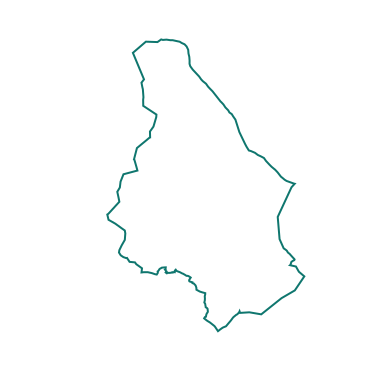 Obi Nwga, Abia, Nigeria (orthographic projection), rotated 317°
{"feature_id": "59680162B7784772599553", "entity_name": "Obi Nwga", "entity_type": "district", "adm_level": 2, "iso_a3": "NGA", "parent_name": "Nigeria", "parent_adm1": "Abia", "projection": "orthographic", "projection_center": [7.438, 5.164], "detail": "fine", "context": "isolated", "style": "outline", "palette": "teal", "viewbox_px": 384, "rotation_deg": 317, "n_neighbors": 0, "source": "geoboundaries", "source_scale": "gbopen_adm2", "svg_char_len": 3621}
<svg xmlns="http://www.w3.org/2000/svg" viewBox="0 0 384 384"><g transform="rotate(317 192 192)"><path d="M266.5,183.7L267.5,180.5L273.1,168.7L273.7,164.6L274.2,162.2L273.6,159.3L274.2,157.0L274.1,152.9L274.7,149.4L274.7,146.4L274.6,145.3L275.7,132.3L275.6,128.8L275.6,128.0L275.6,125.9L276.1,122.4L275.5,118.3L275.5,115.9L276.0,112.4L276.0,109.5L276.0,106.6L276.0,103.0L276.5,98.9L277.6,96.6L279.9,94.2L280.6,93.3L282.2,91.3L283.9,88.3L286.2,85.4L287.3,81.9L287.3,78.9L286.1,76.0L285.5,73.7L283.8,71.3L281.4,67.8L279.6,66.1L277.3,63.2L274.4,60.9L273.5,59.4L269.0,58.8L260.8,50.6L243.7,49.9L233.7,76.9L229.6,77.6L227.1,81.6L226.1,83.4L226.0,83.5L223.6,86.5L221.1,89.6L219.2,91.2L215.5,95.3L215.1,95.7L218.8,111.1L217.0,112.8L208.4,117.9L202.5,119.1L198.6,123.5L198.3,123.3L181.7,122.3L171.8,128.6L171.9,129.0L171.7,129.4L170.5,131.8L168.4,135.9L166.7,139.1L154.0,132.3L146.8,135.7L142.3,139.5L137.5,140.9L134.4,146.1L132.2,149.6L115.9,150.9L114.7,150.7L112.0,155.4L114.3,162.8L115.8,170.5L116.6,174.3L115.0,176.8L110.2,181.2L104.1,183.1L99.2,185.0L97.3,186.5L96.7,189.7L97.4,192.8L98.8,195.5L99.5,195.9L98.7,200.5L102.3,204.6L102.0,206.8L103.4,213.7L100.2,216.4L102.2,217.9L104.9,220.4L107.3,223.9L108.9,226.9L109.9,228.3L111.1,228.0L111.6,227.9L112.0,227.6L112.4,227.3L112.7,226.7L113.2,226.8L113.8,226.7L114.6,226.5L115.7,226.2L116.4,226.3L117.4,226.6L118.2,226.7L118.5,226.9L120.2,228.2L120.9,228.8L121.4,229.2L121.2,229.4L121.0,229.5L120.8,229.6L120.3,230.2L120.0,230.6L119.8,230.5L119.3,230.4L119.3,230.9L119.2,231.4L119.1,231.9L119.1,232.2L119.2,232.7L117.9,232.9L118.0,233.4L118.0,233.8L118.0,234.1L118.1,234.3L118.6,234.3L118.8,234.4L119.2,234.7L119.6,235.1L120.6,236.0L121.3,236.5L122.2,237.1L122.5,237.4L122.9,237.7L123.1,237.4L123.7,237.9L124.3,238.4L124.4,238.5L124.7,238.9L125.2,238.5L125.6,238.0L125.8,237.8L126.0,237.8L126.5,237.8L126.9,237.7L127.1,237.7L126.9,239.2L127.1,239.7L127.8,241.1L128.5,242.5L129.3,244.9L129.7,245.6L129.9,246.3L130.3,247.5L130.7,249.2L131.0,249.8L131.3,250.0L131.8,250.6L132.1,251.2L132.5,252.7L132.7,253.7L130.4,254.3L129.8,254.5L129.4,255.0L129.2,255.4L129.2,255.7L129.8,256.8L130.5,258.0L130.7,258.3L130.2,258.7L130.3,259.2L130.6,259.7L130.9,260.1L130.9,262.8L129.9,265.0L128.6,266.5L129.8,270.1L130.9,272.1L132.7,275.0L131.7,276.0L130.7,276.6L130.1,277.1L128.9,278.6L127.6,279.9L125.7,281.2L125.6,281.3L125.6,281.7L125.5,282.4L125.3,282.9L124.4,284.2L123.8,285.2L123.5,285.5L123.6,286.4L123.8,287.0L123.8,287.6L123.7,288.1L123.2,288.7L122.8,289.3L122.3,289.9L121.9,290.4L121.2,290.7L120.6,290.8L120.0,290.9L119.1,291.3L118.6,291.6L117.3,292.6L116.9,292.7L116.5,292.4L116.0,292.3L114.7,292.7L114.9,294.3L115.3,296.6L115.7,298.1L116.1,299.4L117.0,305.3L116.9,306.5L116.1,311.5L117.0,311.6L118.5,311.7L120.9,312.0L122.1,312.2L123.2,312.6L125.3,313.4L129.2,312.9L132.0,312.6L133.3,312.4L136.4,311.8L137.5,311.8L140.6,312.0L141.6,312.3L142.8,312.3L144.0,312.1L144.5,312.1L145.4,311.7L144.7,313.2L151.9,319.1L159.2,328.7L185.1,330.7L200.1,334.1L216.6,330.3L215.8,323.2L216.3,321.0L217.2,317.4L213.8,312.4L214.4,312.4L216.8,311.0L217.2,310.9L217.7,311.0L218.6,311.1L219.6,311.4L220.3,311.6L220.6,311.4L221.0,311.3L221.1,311.0L221.1,307.8L221.2,303.6L220.9,302.2L221.0,301.0L221.3,299.7L221.3,299.1L220.8,296.4L220.6,295.8L223.9,286.2L237.7,268.7L268.0,256.4L272.7,256.0L272.3,255.4L270.5,251.9L268.7,248.4L268.1,246.1L267.9,244.2L267.5,241.4L268.0,236.1L268.0,232.6L267.4,227.9L267.3,225.0L267.3,219.7L267.8,216.2L266.6,212.7L265.4,209.8L264.8,206.3L263.0,202.2L261.9,200.4L262.8,195.9L263.0,195.2L263.6,193.0L266.5,183.7Z" fill="none" stroke="#0f766e" stroke-width="2"/></g></svg>